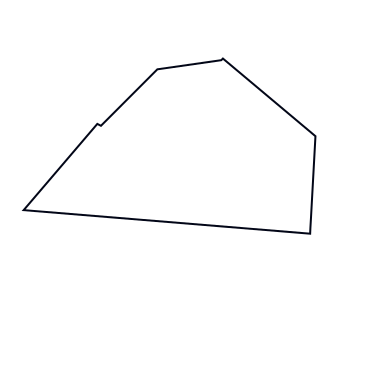 outline of 54, Ar Rayyān, Qatar, rotated 40°
{"feature_id": "91078587B84726999218009", "entity_name": "54", "entity_type": "district", "adm_level": 2, "iso_a3": "QAT", "parent_name": "Qatar", "parent_adm1": "Ar Rayyān", "projection": "equal_earth", "projection_center": [51.456, 25.272], "detail": "fine", "context": "isolated", "style": "outline", "palette": "ink", "viewbox_px": 384, "rotation_deg": 40, "n_neighbors": 0, "source": "geoboundaries", "source_scale": "gbopen_adm2", "svg_char_len": 300}
<svg xmlns="http://www.w3.org/2000/svg" viewBox="0 0 384 384"><g transform="rotate(40 192 192)"><path d="M75.7,200.7L74.7,314.1L309.3,148.0L305.7,143.3L299.9,135.5L257.6,79.1L250.7,69.9L129.9,69.9L129.7,72.2L86.6,120.3L79.7,199.8L75.7,200.7Z" fill="none" stroke="#020617" stroke-width="2"/></g></svg>